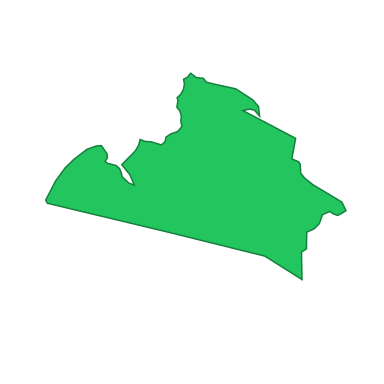 Três Cachoeiras, Rio Grande do Sul, Brazil, rotated 74°
{"feature_id": "56859067B71322436842638", "entity_name": "Três Cachoeiras", "entity_type": "district", "adm_level": 2, "iso_a3": "BRA", "parent_name": "Brazil", "parent_adm1": "Rio Grande do Sul", "projection": "equal_earth", "projection_center": [-49.987, -29.489], "detail": "fine", "context": "isolated", "style": "filled", "palette": "green", "viewbox_px": 384, "rotation_deg": 74, "n_neighbors": 0, "source": "geoboundaries", "source_scale": "gbopen_adm2", "svg_char_len": 1111}
<svg xmlns="http://www.w3.org/2000/svg" viewBox="0 0 384 384"><g transform="rotate(74 192 192)"><path d="M306.5,110.4L279.9,103.3L278.3,97.7L262.3,92.8L261.0,84.7L257.6,78.5L255.0,76.4L249.8,73.0L248.7,64.9L251.9,62.3L254.7,58.4L253.9,54.5L252.4,49.1L243.0,50.7L223.3,69.1L218.4,73.7L209.9,79.8L204.0,82.3L195.1,80.3L192.4,81.1L187.7,86.9L169.0,77.6L130.4,117.9L127.8,120.7L128.1,114.0L130.6,109.4L137.7,106.1L128.2,104.5L120.2,108.2L104.9,121.5L94.4,140.9L90.3,148.0L85.8,149.8L83.2,156.3L77.5,160.5L80.5,165.0L81.3,169.0L86.4,169.6L91.0,172.0L95.0,175.9L97.2,180.3L100.0,180.3L106.4,183.2L111.0,181.3L116.7,181.4L120.2,183.1L126.3,183.7L129.9,189.2L130.3,196.5L132.1,201.9L136.2,204.0L138.3,208.6L132.6,217.2L130.4,223.2L127.2,227.4L132.2,230.3L136.8,235.1L146.4,252.0L158.2,247.0L169.4,245.5L166.2,250.1L158.0,255.0L154.0,254.7L149.6,255.2L145.6,257.6L141.3,265.1L138.5,267.1L136.0,264.0L132.2,263.1L122.4,266.3L121.4,271.1L122.0,281.2L128.1,296.6L133.9,307.4L143.8,320.1L159.5,334.9L163.0,334.1L222.8,228.2L262.3,159.5L273.7,139.7L306.5,110.4Z" fill="#22c55e" stroke="#15803d" stroke-width="1.5"/></g></svg>